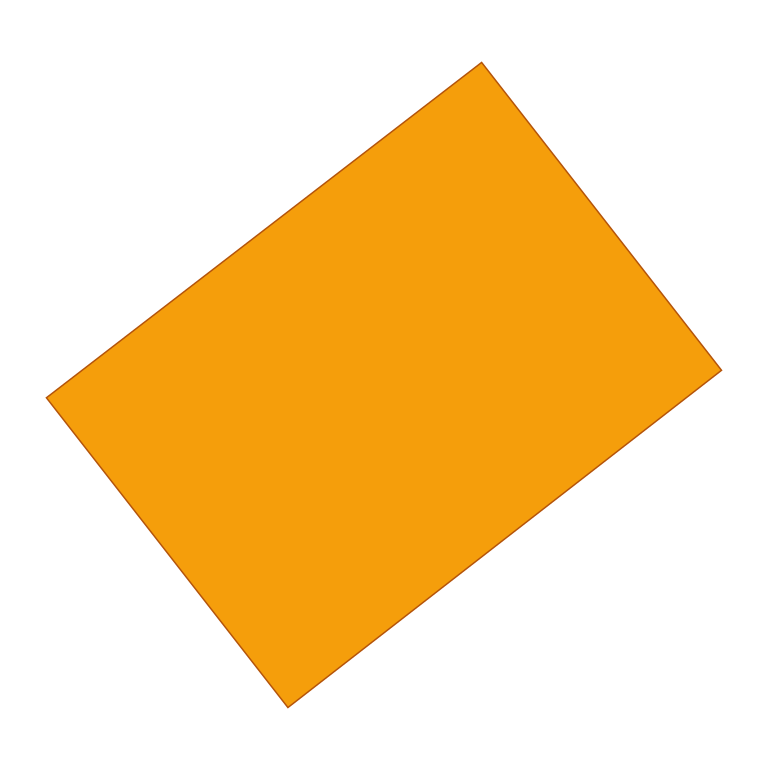 the district of Union, Iowa, United States of America, rotated 142°
{"feature_id": "52423323B51615834161457", "entity_name": "Union", "entity_type": "district", "adm_level": 2, "iso_a3": "USA", "parent_name": "United States of America", "parent_adm1": "Iowa", "projection": "natural_earth1", "projection_center": [-94.28, 41.027], "detail": "fine", "context": "isolated", "style": "filled", "palette": "amber", "viewbox_px": 768, "rotation_deg": 142, "n_neighbors": 0, "source": "geoboundaries", "source_scale": "gbopen_adm2", "svg_char_len": 243}
<svg xmlns="http://www.w3.org/2000/svg" viewBox="0 0 768 768"><g transform="rotate(142 384 384)"><path d="M109.6,187.0L109.1,577.3L658.5,581.0L658.9,188.2L385.2,187.6L109.6,187.0Z" fill="#f59e0b" stroke="#b45309" stroke-width="1.5"/></g></svg>